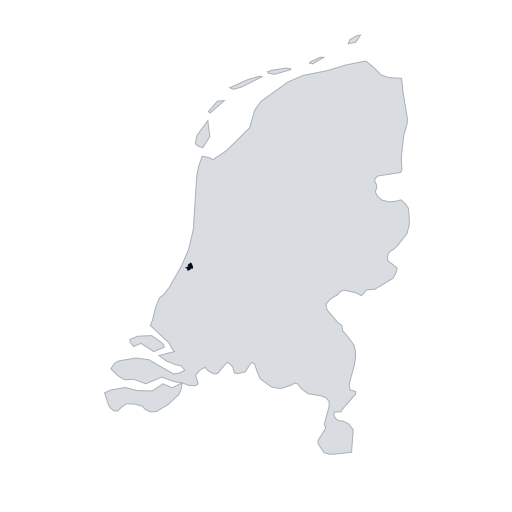 Oegstgeest, Zuid-Holland, Netherlands (highlighted), rotated 353°
{"feature_id": "6326949B10569140780030", "entity_name": "Oegstgeest", "entity_type": "district", "adm_level": 2, "iso_a3": "NLD", "parent_name": "Netherlands", "parent_adm1": "Zuid-Holland", "projection": "orthographic", "projection_center": [4.472, 52.183], "detail": "fine", "context": "in_parent", "style": "filled", "palette": "ink", "viewbox_px": 512, "rotation_deg": 353, "n_neighbors": 0, "source": "geoboundaries", "source_scale": "gbopen_adm2", "svg_char_len": 4251}
<svg xmlns="http://www.w3.org/2000/svg" viewBox="0 0 512 512"><g transform="rotate(353 256 256)"><path d="M326.9,462.5L317.7,462.3L309.1,462.2L304.5,461.6L299.6,459.5L297.3,455.1L294.6,449.7L295.3,446.4L303.1,436.9L304.3,434.3L303.4,433.0L304.2,428.8L310.1,414.7L310.8,409.1L308.0,405.2L304.0,403.0L291.0,399.0L284.8,393.3L281.9,388.2L279.0,386.8L274.8,388.6L264.2,390.6L255.5,388.0L245.2,378.4L242.8,369.8L241.5,363.2L238.9,360.9L235.5,364.4L231.2,369.8L222.7,370.5L220.2,369.2L219.8,366.2L219.3,363.4L216.9,359.9L214.4,357.9L203.6,367.9L199.6,367.9L194.5,364.1L191.9,360.3L186.4,362.5L181.4,367.1L183.1,375.7L180.4,377.3L174.2,376.5L167.2,372.9L159.4,370.7L147.6,364.7L131.1,369.4L119.7,363.5L110.2,362.8L104.4,358.1L98.1,350.2L102.7,345.2L107.1,343.4L124.4,342.6L137.0,345.9L159.7,363.0L165.4,362.9L171.5,360.7L168.4,356.1L162.7,353.9L154.3,349.3L147.6,342.9L163.4,340.9L161.3,337.6L159.2,331.9L142.7,312.1L145.6,306.8L149.8,295.4L155.0,285.9L159.2,283.4L166.0,276.7L180.7,257.0L190.1,241.0L197.0,221.9L207.0,169.3L209.9,160.4L214.7,150.5L220.8,152.3L225.0,155.2L239.9,147.6L265.3,127.9L272.6,111.0L279.8,103.1L308.7,87.3L324.7,82.5L349.5,80.7L367.3,77.5L388.8,75.8L397.3,85.0L402.3,91.7L410.1,95.2L422.1,97.4L421.9,111.0L423.0,137.8L422.3,142.6L417.4,154.2L412.4,174.7L411.3,188.1L409.7,190.7L386.7,191.4L383.5,193.8L383.1,196.7L384.4,200.1L384.0,203.6L382.2,206.4L383.4,210.8L387.5,215.7L394.9,218.6L402.7,218.6L406.7,217.9L409.8,221.4L412.9,226.9L412.9,233.8L412.1,243.2L408.7,252.0L398.3,262.3L393.6,266.0L389.2,267.9L387.1,270.6L386.2,274.0L386.5,277.0L394.4,284.7L394.3,286.6L392.2,290.8L389.4,294.8L369.8,303.5L361.6,303.1L357.1,307.3L355.6,308.1L350.4,304.5L338.7,300.5L334.4,302.1L332.1,304.5L324.9,307.5L319.7,312.1L319.8,317.8L329.4,332.5L332.7,335.4L333.0,341.0L337.6,347.8L342.4,356.5L343.0,362.0L342.6,367.7L340.5,375.7L332.8,394.6L332.8,398.2L333.5,400.9L336.3,401.6L338.5,402.9L337.9,405.4L323.0,418.7L321.1,421.0L314.7,420.5L313.8,422.7L314.7,426.2L317.2,429.2L322.7,430.7L327.4,433.9L331.3,440.3L326.9,462.5ZM167.2,372.9L165.9,378.3L162.4,384.2L150.5,392.8L138.1,398.3L131.7,397.6L127.3,394.6L125.0,391.5L118.4,388.4L109.4,386.8L103.7,390.0L99.6,393.0L96.1,392.4L93.4,389.8L91.5,385.9L89.0,373.4L95.8,371.3L110.4,370.6L121.7,375.1L136.6,377.3L148.0,371.5L156.9,376.6L167.2,372.9ZM142.8,322.3L151.4,330.2L153.3,332.7L153.9,335.3L142.9,338.4L131.2,328.7L123.5,330.9L120.6,326.3L120.6,323.5L128.7,321.2L142.8,322.3ZM224.7,131.9L216.3,142.1L211.1,139.3L209.5,137.0L212.1,129.1L224.7,115.8L224.7,131.9ZM262.0,86.6L254.0,87.8L250.4,85.8L269.5,79.9L281.6,78.0L283.8,78.8L262.0,86.6ZM313.2,75.3L296.5,77.9L290.8,76.3L289.8,74.6L294.4,73.6L308.7,73.1L313.1,74.4L313.2,75.3ZM243.5,97.9L227.8,108.5L226.4,106.8L236.6,97.6L243.5,97.9ZM381.2,55.9L373.4,56.6L375.5,52.7L382.7,49.7L386.6,49.5L381.2,55.9ZM347.4,67.1L335.6,72.2L332.7,71.3L333.4,69.9L343.8,66.6L347.4,67.1Z" fill="#d9dde1" stroke="#a8b0b8" stroke-width="1"/><path d="M187.1,262.0L187.1,261.9L187.2,261.7L187.2,261.4L187.3,261.4L187.3,261.2L187.5,261.1L187.5,260.9L187.6,260.7L188.7,260.9L188.7,260.6L188.8,260.4L189.0,260.2L189.3,260.0L189.4,259.9L189.5,259.8L189.6,259.7L189.8,259.6L190.0,259.6L190.3,259.8L190.5,259.9L190.5,259.7L190.6,259.8L190.8,260.0L191.0,260.1L191.1,259.9L191.2,259.7L191.3,259.6L191.3,259.4L191.4,259.2L191.4,258.9L191.2,258.9L191.1,259.1L191.0,259.3L190.9,259.3L190.7,259.2L190.8,258.9L190.8,258.7L190.8,258.4L190.7,258.4L190.6,258.2L190.5,257.9L190.6,257.7L190.8,257.6L190.9,257.4L191.0,257.4L191.0,257.2L190.9,256.9L190.9,256.7L190.9,256.4L190.8,256.1L190.7,256.0L190.4,256.0L190.2,256.2L189.9,256.3L189.8,256.2L189.7,256.0L189.7,255.9L189.6,256.0L189.3,256.2L189.2,256.2L189.1,256.3L188.9,256.3L188.7,256.3L188.7,256.5L188.4,256.5L188.4,256.8L188.2,257.0L188.3,257.0L188.5,257.0L188.5,257.3L188.4,257.4L188.4,257.5L188.3,257.9L188.0,259.0L187.9,259.0L187.9,258.9L187.7,258.9L187.4,259.0L187.2,259.1L186.9,259.1L186.7,259.2L186.4,259.3L186.3,259.2L186.2,259.2L186.0,259.3L185.9,259.3L186.0,259.4L186.2,259.5L186.4,259.5L186.6,259.5L186.8,259.6L187.0,259.7L187.0,259.8L187.1,260.0L187.1,260.3L187.1,260.5L186.9,260.6L186.9,260.8L186.8,261.0L186.8,261.3L186.8,261.5L187.0,261.8L187.1,262.0Z" fill="#0f172a" stroke="#020617" stroke-width="1.5"/></g></svg>